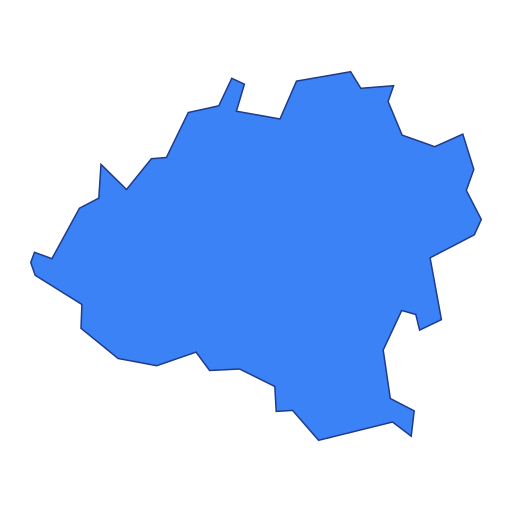 the border of Soria
{"feature_id": "ESP-5845", "entity_name": "Soria", "entity_type": "Autonomous Community", "adm_level": 1, "iso_a3": "ESP", "parent_name": "Spain", "parent_adm1": "", "projection": "orthographic", "projection_center": [-2.461, 41.603], "detail": "coarse", "context": "isolated", "style": "filled", "palette": "blue", "viewbox_px": 512, "rotation_deg": 0, "n_neighbors": 0, "source": "natural_earth", "source_scale": "10m", "svg_char_len": 718}
<svg xmlns="http://www.w3.org/2000/svg" viewBox="0 0 512 512"><path d="M462.8,134.1L473.8,169.4L466.3,190.4L481.3,219.5L474.3,234.8L430.1,257.8L441.4,319.6L419.6,330.1L415.8,314.5L401.7,310.5L383.2,350.0L390.3,398.5L414.2,410.9L411.2,436.2L392.5,422.0L318.6,440.3L292.6,410.4L276.2,411.4L274.8,386.5L239.6,369.0L209.6,370.5L196.0,352.1L156.7,365.7L118.1,358.5L81.0,328.3L81.9,304.5L35.2,275.3L30.7,262.5L34.5,252.3L51.9,258.7L79.5,208.2L98.8,198.1L101.0,164.4L126.5,189.5L151.4,158.7L166.4,157.5L188.3,112.5L218.8,105.8L231.8,78.3L244.4,84.2L236.4,111.2L280.0,119.0L296.5,81.1L350.6,71.7L360.8,88.3L393.6,85.7L388.1,101.5L402.1,135.1L434.7,146.7L462.8,134.1Z" fill="#3b82f6" stroke="#1e3a8a" stroke-width="1.5"/></svg>